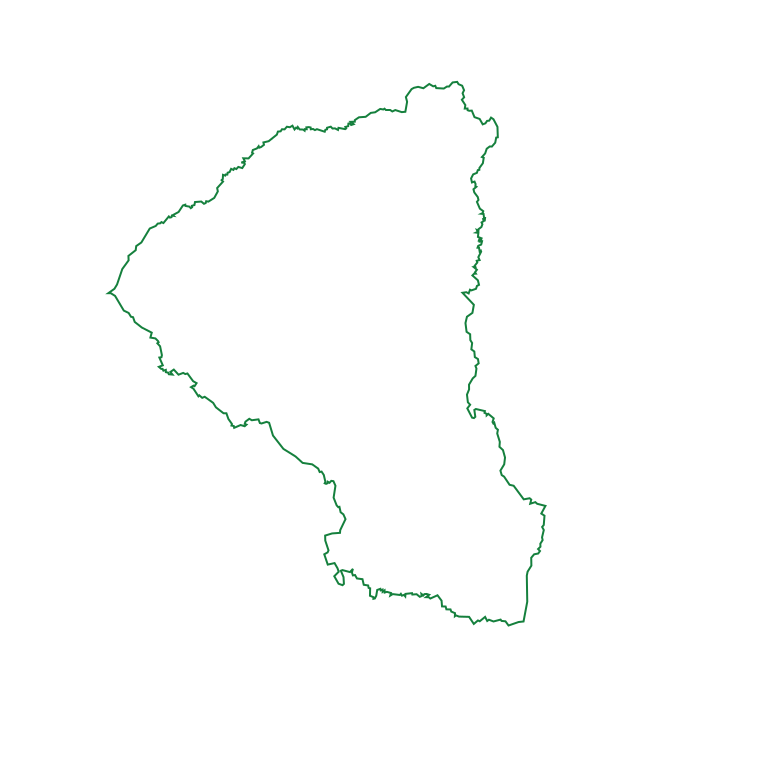 Ngawi, Jawa Timur, Indonesia, rotated 65°
{"feature_id": "22746128B17210029520680", "entity_name": "Ngawi", "entity_type": "district", "adm_level": 2, "iso_a3": "IDN", "parent_name": "Indonesia", "parent_adm1": "Jawa Timur", "projection": "robinson", "projection_center": [111.347, -7.432], "detail": "fine", "context": "isolated", "style": "outline", "palette": "green", "viewbox_px": 768, "rotation_deg": 65, "n_neighbors": 0, "source": "geoboundaries", "source_scale": "gbopen_adm2", "svg_char_len": 6165}
<svg xmlns="http://www.w3.org/2000/svg" viewBox="0 0 768 768"><g transform="rotate(65 384 384)"><path d="M208.5,176.6L198.9,172.5L190.3,172.9L187.8,174.4L189.8,177.3L189.1,179.4L190.6,181.9L190.4,184.8L184.2,185.3L180.4,189.2L173.3,188.9L172.4,191.3L171.2,192.5L169.6,191.9L168.5,194.4L165.6,192.4L159.3,193.3L158.0,190.2L153.7,189.9L151.6,187.3L146.7,187.1L143.8,189.7L141.1,190.0L139.7,194.4L141.9,199.4L141.0,201.2L141.5,204.9L137.9,211.6L135.4,211.5L135.0,213.6L131.2,216.2L132.6,223.3L129.1,227.5L128.2,231.7L128.4,234.4L133.2,242.9L138.0,243.8L146.3,249.6L145.1,253.0L140.5,258.0L140.5,261.3L138.3,262.6L136.5,266.5L134.7,267.2L134.9,268.6L133.1,271.2L134.0,277.2L132.7,281.4L134.1,287.7L131.7,294.0L132.5,298.9L133.9,299.6L132.4,303.2L135.7,301.7L135.4,304.3L133.2,304.9L132.9,306.2L135.2,307.5L134.7,310.4L136.4,310.3L136.6,311.5L132.6,317.0L134.3,318.3L131.6,320.4L130.7,322.7L128.3,323.5L127.7,327.3L129.1,328.0L128.8,329.7L130.3,331.1L124.7,337.1L124.7,339.3L122.9,340.5L122.2,342.7L120.5,342.1L119.4,343.6L118.6,345.9L120.4,346.4L119.6,348.0L120.9,348.9L119.2,349.8L117.6,352.9L114.7,353.5L115.7,354.6L114.5,355.3L115.5,357.5L111.2,357.8L111.5,360.8L109.8,363.3L111.2,366.5L110.0,368.8L111.3,370.9L110.4,373.5L112.7,375.7L115.2,385.9L114.1,391.2L116.5,391.7L117.3,395.3L117.1,397.2L115.5,397.1L116.8,399.6L116.5,404.0L118.6,405.8L119.7,405.2L122.3,411.4L120.0,416.1L123.4,416.0L123.0,419.7L124.6,417.1L125.9,417.2L128.4,421.2L125.7,424.3L126.8,427.0L125.2,428.4L126.3,430.0L124.4,431.6L126.7,434.4L126.4,436.4L128.0,437.5L127.2,439.0L128.0,439.8L126.4,441.5L130.1,443.5L130.6,445.0L132.5,444.3L135.9,452.4L139.2,453.2L143.6,459.2L144.5,466.1L143.2,467.9L144.6,469.1L144.6,471.0L141.4,472.5L139.2,478.4L141.7,480.2L141.3,482.8L142.7,483.2L143.0,484.8L141.0,485.4L138.7,488.7L137.5,488.3L137.2,490.8L141.3,497.5L141.7,504.1L142.6,503.7L141.7,505.1L143.0,506.1L142.7,507.7L141.2,508.2L144.9,515.9L143.2,517.3L143.8,518.8L143.0,521.3L144.3,524.1L144.1,530.6L153.2,544.1L154.3,550.3L157.8,552.5L159.9,561.5L164.0,563.2L169.2,572.6L181.0,583.9L183.8,588.1L185.2,595.5L186.3,593.2L190.5,590.5L207.5,588.8L211.7,585.4L216.1,584.9L217.4,583.2L222.4,583.7L230.5,579.6L239.3,572.8L243.2,576.1L246.1,571.9L249.4,570.7L250.9,570.6L251.3,572.2L255.2,571.0L264.0,573.1L265.7,574.4L265.1,576.4L273.6,576.6L273.3,580.8L276.2,579.5L276.7,578.3L278.7,578.3L279.0,575.8L281.1,576.7L282.5,574.8L284.2,574.9L286.1,571.7L282.8,572.5L282.1,568.4L288.7,566.3L289.1,561.3L291.0,559.9L291.4,557.7L300.8,555.8L304.0,553.5L305.9,556.6L305.0,557.3L305.3,560.2L307.7,558.7L316.7,557.4L316.2,556.2L319.7,554.6L319.8,551.9L328.9,546.8L334.1,546.2L342.7,541.8L343.9,539.2L349.9,539.8L356.0,538.7L357.2,539.8L358.6,537.9L360.4,538.3L360.6,531.3L363.4,528.1L362.7,525.8L361.3,527.1L359.6,525.5L358.6,520.8L361.0,519.1L363.0,512.7L366.9,513.0L368.0,511.7L368.7,506.4L370.6,504.5L383.8,506.4L400.3,502.6L412.3,494.8L421.1,491.1L426.5,483.0L432.9,479.4L436.6,479.5L437.0,477.6L441.0,477.0L448.0,478.5L448.9,479.7L450.0,478.7L450.1,477.1L448.8,476.3L450.5,475.1L449.5,472.7L450.7,470.9L455.7,471.0L465.7,477.7L474.0,478.2L476.3,477.5L476.5,476.3L481.9,477.5L485.0,475.9L490.2,476.0L497.9,485.4L500.3,486.8L497.5,494.2L496.5,501.4L501.1,503.4L511.3,504.6L512.8,506.3L513.1,510.1L523.9,511.3L525.4,504.5L531.3,504.0L535.0,504.4L537.2,510.3L545.8,509.6L548.8,506.6L548.2,504.8L541.9,502.3L535.0,502.0L535.1,500.3L540.1,494.3L538.4,490.3L541.2,492.7L544.3,493.1L544.9,491.0L548.8,490.7L551.8,486.0L557.4,487.2L559.9,483.5L562.3,484.1L563.3,482.9L570.0,486.2L572.7,483.7L574.2,484.4L574.5,482.9L572.6,480.5L567.8,477.2L568.1,473.9L569.6,474.2L569.7,472.2L571.8,473.1L571.3,470.7L573.3,471.5L573.6,469.2L576.4,466.0L578.4,467.7L578.1,464.9L581.9,458.8L581.3,457.4L583.4,457.2L583.6,455.0L585.5,454.5L583.3,453.2L585.4,447.0L586.8,447.3L588.3,443.3L592.0,441.5L592.1,439.4L590.0,438.8L592.3,437.6L591.5,436.2L592.3,434.1L594.1,432.2L595.0,435.9L596.1,433.6L598.0,432.7L598.1,424.8L604.7,423.4L610.1,425.4L611.7,422.2L614.6,422.7L616.4,419.0L618.7,419.2L621.7,416.5L624.4,417.9L624.1,416.6L626.5,414.3L631.0,405.3L639.4,404.0L638.0,398.8L639.5,397.5L637.8,390.8L642.4,390.6L642.0,388.5L645.5,385.1L646.8,377.9L648.4,377.6L650.4,374.2L655.5,373.2L656.6,362.6L658.2,357.9L641.9,346.2L618.1,335.6L614.8,333.2L610.9,327.2L603.7,324.0L601.8,319.9L602.8,315.9L601.3,313.2L598.7,314.1L597.6,311.0L594.8,309.8L592.5,306.2L589.8,305.6L583.9,300.9L580.4,301.1L579.3,298.8L571.2,294.2L567.9,296.2L562.7,289.2L557.3,295.8L555.0,296.8L554.3,302.1L551.0,299.4L549.1,300.3L547.6,306.1L531.0,309.5L528.4,312.8L518.7,314.3L516.3,315.8L511.7,315.1L507.6,309.0L501.8,305.4L494.2,304.1L489.7,305.9L485.4,303.5L476.7,302.3L473.6,300.1L470.9,301.3L465.6,300.4L466.0,301.6L464.3,301.7L461.5,299.1L455.1,302.1L455.8,304.2L454.4,303.6L452.6,305.1L451.2,304.0L445.5,311.3L445.7,313.1L452.3,315.1L452.9,316.9L451.7,318.4L441.3,318.8L439.2,314.7L436.0,315.7L428.7,313.3L424.9,309.2L420.5,307.2L416.4,301.2L415.3,297.7L409.1,293.7L406.3,293.5L405.3,289.5L401.1,288.3L398.0,290.3L392.7,288.4L389.5,290.2L384.1,286.8L380.7,287.2L375.3,284.9L371.6,287.1L363.2,284.4L358.1,280.4L356.9,273.8L350.2,269.1L334.5,274.3L335.6,270.6L337.7,269.0L334.9,266.2L336.1,265.2L336.6,260.4L334.4,258.3L334.3,256.0L329.7,255.1L323.0,258.0L322.1,255.7L322.8,254.1L321.2,254.3L319.7,251.5L315.9,253.3L316.4,251.7L315.2,251.9L313.3,248.1L311.5,247.9L312.1,245.0L308.9,244.9L305.1,240.0L304.0,239.9L304.3,241.3L300.7,240.3L300.0,241.6L298.6,240.2L298.7,237.0L296.3,235.0L295.0,238.1L294.9,236.4L294.2,237.5L293.1,236.4L294.0,234.8L293.2,234.0L290.4,236.7L286.9,234.6L285.7,236.5L285.7,234.7L283.7,234.7L284.9,233.6L283.6,232.9L282.9,229.4L280.8,227.3L278.8,227.3L278.5,224.8L276.9,224.5L278.1,223.4L276.2,222.2L275.6,223.1L272.0,221.9L270.8,223.9L270.8,222.3L269.3,221.0L265.6,223.0L258.2,222.8L257.1,220.6L254.2,220.0L248.5,221.2L245.3,220.6L244.3,216.9L243.3,217.6L241.5,216.5L238.8,216.4L238.5,219.1L234.5,218.2L231.7,214.6L231.9,210.6L229.8,208.6L230.2,207.1L228.5,206.2L225.7,201.1L221.1,198.0L219.7,199.3L217.8,194.9L214.2,191.5L213.4,187.8L214.4,185.9L212.3,181.2L208.1,178.2L208.5,176.6Z" fill="none" stroke="#15803d" stroke-width="2"/></g></svg>